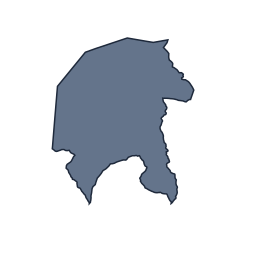 outline of Chokhorling, Pemagatsel, Bhutan, rotated 152°
{"feature_id": "84629894B57619855084660", "entity_name": "Chokhorling", "entity_type": "district", "adm_level": 2, "iso_a3": "BTN", "parent_name": "Bhutan", "parent_adm1": "Pemagatsel", "projection": "orthographic", "projection_center": [91.337, 26.854], "detail": "fine", "context": "isolated", "style": "filled", "palette": "slate", "viewbox_px": 256, "rotation_deg": 152, "n_neighbors": 0, "source": "geoboundaries", "source_scale": "gbopen_adm2", "svg_char_len": 5253}
<svg xmlns="http://www.w3.org/2000/svg" viewBox="0 0 256 256"><g transform="rotate(152 128 128)"><path d="M197.7,79.4L196.1,80.0L195.8,80.5L195.2,81.2L194.6,81.9L194.1,82.7L193.4,83.7L193.1,84.4L192.6,85.4L191.9,86.3L190.7,87.7L189.8,89.0L188.2,91.3L186.5,92.7L183.5,93.4L182.0,95.0L179.9,97.0L178.6,98.2L176.1,99.1L175.1,99.5L172.9,100.5L170.2,102.1L166.8,102.3L165.6,102.6L162.8,103.4L160.4,104.6L158.3,103.7L156.5,103.3L156.0,103.3L154.9,103.3L154.2,103.3L152.8,103.1L149.4,102.5L147.2,102.0L144.9,100.7L143.8,100.9L141.5,102.0L139.0,101.7L137.2,101.5L135.4,100.5L133.6,99.9L132.5,98.5L131.7,98.5L130.9,98.2L130.8,97.0L130.9,96.4L131.0,95.7L130.8,95.0L130.6,93.2L130.0,92.2L130.0,91.8L130.0,90.7L130.1,90.3L130.3,89.8L130.6,88.6L130.7,87.3L130.7,86.5L130.6,86.1L130.4,85.8L129.9,85.2L129.7,84.8L129.9,84.3L130.1,84.0L130.4,83.7L131.1,83.2L132.2,82.2L133.6,81.6L135.2,81.3L137.4,80.8L138.0,80.4L138.6,79.7L139.4,79.1L140.1,78.7L141.0,78.3L141.3,77.8L141.2,77.3L141.3,76.7L141.3,76.0L142.0,75.2L141.9,73.6L141.8,72.5L141.4,71.4L140.9,69.5L140.8,69.0L140.8,68.5L140.9,67.9L141.0,67.1L140.0,65.8L139.6,65.2L139.1,64.3L138.9,63.9L138.0,62.7L137.0,61.3L136.7,60.9L135.8,60.0L135.2,59.1L134.4,58.3L133.2,57.5L132.7,57.2L131.1,56.6L130.4,56.2L129.8,56.2L129.2,55.4L128.5,54.2L127.3,53.2L126.5,52.7L126.1,52.4L125.4,52.0L124.8,51.6L124.7,50.7L125.0,48.5L125.0,47.8L125.0,47.4L125.0,46.7L125.1,45.5L125.0,44.0L124.5,42.8L124.6,42.3L125.4,41.1L124.3,41.3L123.8,41.5L123.3,41.7L122.6,42.2L122.2,42.3L121.7,42.5L120.7,42.9L119.9,43.2L119.1,43.2L118.7,43.5L118.4,44.0L118.2,44.4L118.1,44.8L118.1,45.3L117.7,45.5L116.7,46.1L116.1,46.6L115.3,47.3L114.8,48.0L114.1,49.7L113.9,50.4L113.6,51.0L113.4,51.4L112.9,51.8L112.5,52.1L112.2,52.6L112.1,53.0L112.1,53.7L112.2,54.4L112.1,55.0L111.9,56.0L111.7,56.4L111.5,56.9L110.8,58.1L110.0,59.2L109.7,59.6L109.9,60.7L109.9,61.3L109.9,61.8L109.7,62.2L109.5,62.8L109.3,63.1L109.0,63.7L108.5,64.7L108.4,65.4L108.8,65.9L109.7,66.7L110.3,67.6L110.6,67.9L110.9,68.3L111.0,68.7L111.1,69.7L110.9,70.1L110.8,70.7L110.9,71.2L111.0,71.8L111.2,72.3L111.4,73.5L111.5,73.9L111.8,74.6L111.9,75.2L111.9,75.6L111.7,76.0L111.3,76.9L111.2,77.3L111.1,77.7L110.8,78.0L110.5,78.3L110.1,78.4L109.7,78.5L108.4,78.5L107.9,78.5L107.5,78.6L107.1,79.0L107.0,79.5L106.8,80.6L106.6,81.4L106.9,82.3L106.7,82.9L106.5,83.4L106.4,83.8L106.4,84.8L106.5,85.2L106.7,85.6L106.7,86.0L106.7,86.5L106.4,87.0L106.1,87.3L105.8,87.6L105.7,88.2L105.6,88.7L105.2,89.1L104.4,88.8L104.0,88.8L103.6,88.9L103.3,89.3L103.3,90.1L103.5,90.7L103.9,91.5L104.1,92.2L104.1,92.6L103.8,93.1L102.8,94.1L102.7,94.9L102.3,95.5L102.2,96.0L102.3,96.8L102.8,98.0L102.8,98.5L102.6,98.9L102.4,99.8L102.1,101.1L101.7,102.1L101.5,102.5L101.1,103.5L100.8,103.8L100.4,104.6L100.2,105.4L100.0,107.3L100.0,108.7L100.3,109.3L100.2,111.2L99.9,112.6L99.3,113.7L98.8,114.3L98.5,114.4L98.1,114.7L97.6,114.9L96.8,115.7L96.1,116.4L95.5,117.1L94.3,117.9L94.1,118.4L94.1,118.9L94.2,119.4L94.3,119.8L94.3,120.4L94.2,121.0L93.6,121.4L91.9,121.8L91.5,121.8L90.9,122.1L90.3,122.5L89.5,122.4L88.5,122.2L88.0,122.4L87.4,123.0L87.2,123.3L87.4,124.2L87.5,124.9L87.1,125.5L86.6,126.1L86.2,126.3L85.8,126.3L85.2,126.6L84.4,127.4L84.1,127.9L84.0,128.2L84.2,129.3L84.3,129.7L83.9,130.4L83.9,131.3L84.4,134.4L84.2,135.5L83.9,136.3L83.7,137.1L83.5,137.4L83.3,138.0L82.6,137.5L82.1,137.3L81.0,136.7L79.7,136.0L79.1,135.6L77.8,134.8L76.9,134.1L76.3,133.7L75.9,133.5L74.4,132.5L73.4,131.7L71.2,129.7L70.7,128.9L69.1,127.8L66.6,126.0L65.6,124.7L65.0,124.2L64.5,123.8L63.7,123.9L62.5,124.3L61.6,124.3L60.7,124.3L60.0,124.2L59.4,123.8L52.1,130.6L52.0,133.7L52.4,138.2L52.7,139.8L53.1,140.9L54.7,143.7L55.9,144.3L57.6,145.8L57.1,147.1L56.4,147.1L55.9,147.0L55.0,147.5L54.8,148.4L54.7,148.9L54.1,149.2L54.0,150.0L54.8,151.7L56.9,152.8L57.1,154.7L57.4,156.5L59.1,159.8L60.1,161.0L59.6,162.0L58.9,162.8L58.2,164.1L58.4,165.6L58.8,166.8L59.2,167.8L59.6,168.4L59.3,170.1L58.8,171.5L57.0,174.6L57.4,177.1L58.9,182.4L53.5,185.0L51.4,187.1L65.5,191.7L70.9,195.8L86.4,207.8L119.0,213.3L130.1,214.9L170.7,197.9L186.4,173.5L188.4,170.4L203.2,147.3L204.6,145.2L204.0,144.1L203.5,142.9L203.3,142.2L202.9,141.6L202.3,141.0L201.1,140.6L200.1,140.5L198.9,140.3L197.8,140.1L196.7,140.1L194.7,139.1L194.4,138.8L194.0,137.9L193.7,137.5L193.0,137.0L191.7,136.3L190.9,136.1L190.3,135.8L190.3,134.7L190.2,133.6L190.0,132.9L189.2,131.7L188.4,130.7L188.0,130.1L187.9,129.6L187.7,128.9L188.1,128.7L188.8,128.5L189.5,128.2L190.3,127.7L191.3,126.9L192.1,126.4L192.9,125.8L193.7,125.3L194.9,124.9L196.2,124.8L196.8,124.7L198.7,124.5L199.4,124.1L200.2,123.5L200.9,122.4L201.2,122.0L201.5,121.6L201.2,120.7L200.9,119.8L200.6,118.8L200.9,117.7L201.2,116.5L201.0,114.0L201.0,113.5L201.0,112.9L201.2,112.0L201.2,111.4L201.0,110.8L200.8,110.3L200.8,109.8L201.0,109.3L201.1,108.8L200.6,108.3L200.2,108.0L199.9,107.6L199.6,107.0L199.1,105.8L198.6,104.9L198.5,104.5L198.5,104.2L198.6,103.6L199.1,103.0L199.3,102.4L199.6,101.6L199.9,100.6L200.1,100.3L200.2,99.7L200.1,99.2L199.7,98.5L198.8,97.7L198.5,96.9L198.5,95.6L198.5,94.8L198.5,94.2L198.5,93.7L198.2,92.8L198.1,92.1L197.7,89.8L197.4,89.3L197.3,88.4L197.5,87.6L197.7,86.4L197.7,85.5L197.5,84.0L197.5,82.0L197.4,81.4L197.3,80.5L197.3,80.1L197.7,79.4Z" fill="#64748b" stroke="#1e293b" stroke-width="1.5"/></g></svg>